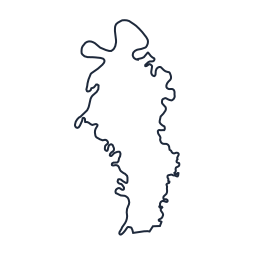 outline of Puerto Santander, Norte de Santander, Colombia, rotated 7°
{"feature_id": "7082276B36155963658062", "entity_name": "Puerto Santander", "entity_type": "district", "adm_level": 2, "iso_a3": "COL", "parent_name": "Colombia", "parent_adm1": "Norte de Santander", "projection": "robinson", "projection_center": [-72.407, 8.326], "detail": "fine", "context": "isolated", "style": "outline", "palette": "slate", "viewbox_px": 256, "rotation_deg": 7, "n_neighbors": 0, "source": "geoboundaries", "source_scale": "gbopen_adm2", "svg_char_len": 5899}
<svg xmlns="http://www.w3.org/2000/svg" viewBox="0 0 256 256"><g transform="rotate(7 128 128)"><path d="M172.7,217.1L172.3,216.8L170.2,216.4L169.8,215.9L169.7,215.4L169.8,215.2L172.2,213.5L172.9,212.3L173.4,210.4L173.4,209.7L172.9,208.5L170.8,206.1L170.5,205.5L170.5,204.3L171.7,202.6L171.2,202.0L170.6,202.0L170.0,202.2L169.1,202.9L168.8,202.6L168.6,202.1L169.2,200.9L169.0,199.1L169.2,198.4L169.6,197.4L170.2,196.8L171.0,196.3L171.7,196.1L175.0,196.7L175.9,196.4L176.2,195.9L176.1,195.0L175.6,194.5L174.6,194.1L172.3,194.4L171.9,194.0L171.6,193.0L171.6,192.2L171.8,191.5L174.1,188.7L174.5,187.3L174.5,185.7L174.0,183.5L173.9,181.3L173.2,179.8L173.1,179.3L173.4,178.8L174.3,178.0L175.5,177.4L175.7,176.8L175.6,176.1L174.7,175.9L174.4,175.7L174.3,173.7L173.4,172.5L173.2,172.1L173.1,170.9L173.5,170.2L174.0,169.9L176.5,169.0L177.2,169.0L178.7,169.5L180.4,169.4L181.8,169.9L182.7,170.1L183.2,169.9L183.6,168.8L183.6,167.0L183.5,166.6L182.9,166.6L182.2,167.5L181.2,168.0L180.3,167.8L179.5,167.0L180.4,165.9L180.6,165.4L180.6,164.3L180.2,163.0L180.4,161.6L180.8,161.1L182.2,160.3L183.3,159.2L183.4,158.3L183.3,157.4L183.0,156.7L182.7,156.6L181.9,156.5L180.6,156.0L180.2,155.0L180.4,154.0L181.0,153.0L180.6,152.3L180.5,151.2L181.5,148.6L181.5,147.7L181.1,147.1L180.5,146.7L179.8,146.6L178.8,146.7L177.2,147.5L176.2,147.6L175.4,147.4L174.4,146.6L173.5,145.3L171.9,144.5L171.4,142.7L171.0,141.3L170.4,140.4L169.8,139.8L168.3,139.1L164.8,139.4L163.4,138.9L162.7,138.3L162.2,137.7L161.5,136.3L161.3,135.7L161.4,134.0L161.3,133.3L160.4,131.9L159.3,130.7L158.6,129.7L158.2,128.5L158.0,127.5L158.3,126.8L159.1,126.2L160.6,126.2L164.2,125.7L164.5,125.1L164.6,124.3L164.5,123.5L164.0,122.1L163.5,121.8L162.0,121.3L160.3,120.2L159.5,119.5L158.7,118.4L158.6,117.0L159.0,112.6L161.3,109.5L163.0,106.3L163.3,105.1L163.2,103.9L162.8,102.8L159.0,99.5L158.5,98.1L158.5,97.1L158.6,95.8L159.2,95.0L160.7,94.1L161.4,93.8L162.2,93.9L164.6,94.8L165.9,95.1L167.7,95.3L168.6,94.9L169.9,93.4L170.4,92.0L170.5,90.8L170.1,89.2L169.8,86.6L169.4,85.6L169.1,85.0L168.1,84.2L166.9,83.9L164.4,84.3L163.4,84.3L161.9,83.6L161.1,82.6L160.9,80.9L161.4,78.9L162.4,77.1L164.0,75.1L164.4,74.2L164.6,73.3L164.5,72.1L164.0,70.6L162.9,68.5L162.3,67.8L161.7,67.6L160.2,67.5L158.2,67.1L156.4,66.1L153.3,63.7L152.4,63.5L151.4,63.7L150.0,64.6L149.0,66.1L148.6,68.0L148.8,71.8L148.1,73.1L147.8,73.3L147.3,73.3L146.4,73.0L145.6,72.5L144.9,71.6L144.4,70.6L144.2,69.2L144.4,64.4L144.3,63.6L143.8,63.0L142.5,62.2L141.5,62.0L140.9,62.4L138.9,64.2L138.0,64.5L137.6,64.4L137.4,63.6L137.6,63.1L140.1,60.2L141.5,59.3L144.0,58.9L144.7,58.7L145.6,57.9L145.9,56.8L145.8,56.2L145.6,55.8L145.0,55.4L143.9,55.1L141.9,53.8L139.0,50.9L138.6,50.7L138.2,51.0L135.1,55.8L133.1,57.0L129.0,58.5L129.2,59.0L127.8,58.9L126.9,58.6L125.2,57.6L124.6,56.8L124.1,55.9L123.8,55.1L123.9,53.2L124.2,52.3L125.5,50.6L127.2,49.4L128.4,48.9L131.6,47.9L135.1,46.2L135.9,45.6L136.7,44.1L137.3,41.9L137.3,39.9L136.9,38.3L136.2,37.2L135.1,35.7L130.4,31.0L127.1,28.2L123.6,25.6L121.1,24.2L116.1,21.7L113.8,21.3L111.5,21.4L109.3,21.8L108.5,22.2L105.2,24.6L103.8,26.1L103.4,26.8L102.9,28.7L102.9,30.4L103.2,33.3L105.4,42.2L105.7,44.4L105.4,48.2L104.4,51.0L103.3,52.4L101.9,53.6L99.8,53.8L96.5,53.3L90.6,51.6L84.9,47.9L83.2,47.2L81.1,46.7L79.3,46.7L78.3,46.9L76.9,47.5L75.3,48.7L73.0,52.4L72.5,54.0L72.4,55.3L72.5,57.5L72.9,59.5L73.8,60.6L76.1,62.1L79.3,62.6L83.6,62.1L86.9,61.9L92.2,61.8L94.7,62.2L95.4,62.6L96.3,63.6L96.5,64.6L96.3,66.0L94.9,68.3L90.9,72.8L85.0,78.1L84.4,79.0L82.9,84.6L82.4,88.6L82.4,91.3L82.0,94.8L82.7,96.3L83.3,96.6L83.8,96.6L84.8,96.3L85.6,95.8L86.4,94.8L86.8,93.0L88.7,92.2L89.4,91.6L91.2,88.7L92.3,88.6L93.6,89.3L93.8,93.1L92.5,96.0L89.3,99.6L88.6,100.5L87.9,101.8L87.3,103.6L86.6,110.6L86.3,112.5L85.3,115.4L79.5,122.5L78.0,123.6L76.6,125.5L75.4,128.0L75.1,130.1L75.0,131.5L75.2,132.3L75.8,133.2L76.7,133.9L77.9,134.0L79.0,133.3L80.0,131.4L81.6,126.4L81.8,123.8L82.4,123.4L83.2,123.4L83.9,124.0L84.2,124.4L84.7,127.2L85.2,127.3L86.9,127.1L88.3,127.5L90.0,128.5L91.3,129.1L92.3,129.3L94.9,128.2L95.8,128.0L96.5,128.1L97.4,128.8L97.3,129.8L96.0,132.6L95.6,134.6L95.7,136.5L96.1,137.9L96.6,139.6L97.2,140.5L98.0,141.2L101.7,142.7L103.5,143.1L104.3,143.3L106.7,142.5L108.1,142.7L109.4,143.8L109.8,144.5L110.0,145.3L109.6,146.2L108.5,147.3L107.6,148.5L107.5,149.1L107.5,151.0L107.7,152.0L108.0,152.5L108.7,153.0L109.5,153.3L110.0,153.2L110.4,152.8L110.6,151.9L110.7,150.3L111.1,147.9L111.5,147.3L112.6,146.4L113.6,146.2L114.9,146.9L116.5,149.8L116.7,150.8L116.6,151.9L116.0,152.9L114.4,154.3L113.3,156.1L113.3,157.4L113.6,157.7L114.2,157.9L114.8,157.8L115.4,157.3L116.6,155.6L117.5,154.5L120.2,153.0L122.0,152.6L122.7,152.8L123.3,153.6L123.7,154.6L123.6,157.1L122.8,159.1L122.6,161.9L122.3,162.6L121.4,163.6L117.9,164.1L116.8,164.8L116.4,165.5L116.4,166.2L116.6,166.8L117.2,167.0L118.0,167.0L120.0,166.4L121.2,166.3L122.5,166.7L123.5,167.6L125.3,170.7L126.2,171.7L128.9,173.2L130.6,173.8L132.9,175.6L133.5,177.2L133.9,180.3L133.9,181.8L133.5,182.6L133.2,182.7L132.3,182.7L129.0,181.2L127.6,180.2L126.3,179.9L125.4,179.9L124.6,180.2L124.4,180.7L124.2,182.3L124.7,183.3L126.1,184.2L128.3,184.5L129.3,185.3L130.9,187.1L131.3,187.7L131.4,188.9L131.3,189.4L130.9,189.8L130.3,190.0L129.3,189.9L127.2,188.8L126.5,188.7L125.6,188.9L124.5,189.7L123.6,190.7L123.3,192.3L123.5,193.3L123.9,194.1L124.3,194.3L125.4,194.5L126.6,195.0L129.0,195.8L133.0,195.7L134.3,196.1L135.9,197.0L136.5,197.6L137.2,198.6L137.7,199.8L138.3,201.7L138.2,203.7L137.6,205.7L136.9,208.6L137.0,211.9L137.9,215.6L137.9,218.1L137.5,220.5L136.7,222.7L134.3,227.2L133.7,229.2L132.3,232.2L132.2,233.5L132.4,234.0L132.9,234.5L133.4,234.7L134.0,234.6L135.1,233.7L136.2,232.4L137.7,230.1L138.4,228.7L139.5,226.7L140.0,226.3L140.6,226.2L142.8,226.3L143.5,226.6L144.7,228.5L145.9,231.5L156.4,228.6L160.0,228.0L162.0,228.1L164.7,222.5L171.6,221.4L172.7,217.1Z" fill="none" stroke="#1e293b" stroke-width="2"/></g></svg>